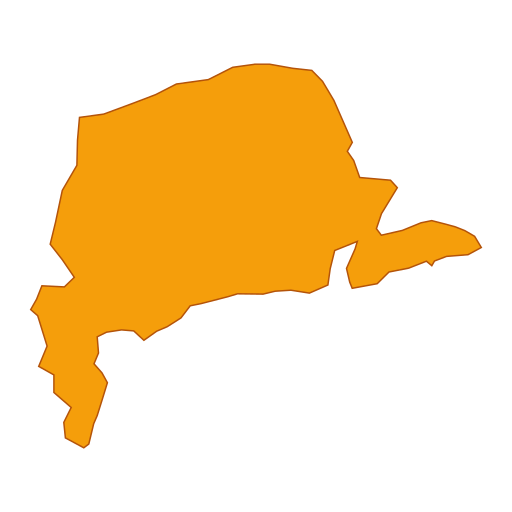 Maronas, Paphos, Cyprus
{"feature_id": "46923920B90699774301121", "entity_name": "Maronas", "entity_type": "district", "adm_level": 2, "iso_a3": "CYP", "parent_name": "Cyprus", "parent_adm1": "Paphos", "projection": "natural_earth1", "projection_center": [32.67, 34.763], "detail": "fine", "context": "isolated", "style": "filled", "palette": "amber", "viewbox_px": 512, "rotation_deg": 0, "n_neighbors": 0, "source": "geoboundaries", "source_scale": "gbopen_adm2", "svg_char_len": 1223}
<svg xmlns="http://www.w3.org/2000/svg" viewBox="0 0 512 512"><path d="M431.8,265.7L434.5,261.0L446.5,256.4L468.0,254.7L481.3,247.5L474.6,236.3L464.8,230.6L455.5,226.9L446.1,224.3L431.7,220.6L421.0,222.8L402.4,230.4L381.3,235.2L376.4,228.7L381.6,213.3L382.0,212.8L397.3,187.7L393.7,183.7L390.5,180.2L359.7,177.5L353.7,160.5L347.3,151.3L352.3,142.4L333.9,100.4L322.5,81.3L311.8,70.4L292.7,68.3L269.6,64.2L254.8,64.2L253.8,64.4L232.7,67.3L208.3,79.6L176.4,84.0L155.7,94.6L133.2,103.2L103.7,114.1L79.5,117.4L77.5,140.2L76.9,165.3L62.3,190.4L55.5,222.4L50.2,244.2L62.3,259.7L74.3,277.3L64.4,286.9L41.9,285.8L36.6,299.2L30.7,309.6L37.7,315.7L47.1,346.1L38.7,366.4L53.9,374.9L53.9,392.5L71.2,407.5L63.8,422.4L65.4,437.9L83.8,447.8L88.8,444.0L93.7,423.7L97.2,415.6L102.3,399.3L107.4,382.7L102.0,372.9L94.0,363.8L98.5,353.0L97.2,336.8L106.5,332.2L121.5,329.9L133.7,330.9L143.9,340.3L156.7,331.2L167.2,326.7L181.0,317.9L190.2,305.8L201.1,303.6L227.9,296.7L237.5,293.8L263.1,294.1L275.2,291.2L290.9,290.2L309.4,293.1L327.9,285.0L330.2,268.7L334.7,250.5L357.3,241.4L355.1,248.9L346.5,268.4L349.7,282.1L352.2,288.3L377.2,283.7L389.0,272.0L408.8,268.1L426.4,261.2L431.8,265.7Z" fill="#f59e0b" stroke="#b45309" stroke-width="1.5"/></svg>